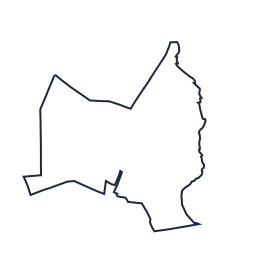 the district of Valdemārpils, Talsi, Latvia, rotated 13°
{"feature_id": "27541924B46742916089705", "entity_name": "Valdemārpils", "entity_type": "district", "adm_level": 2, "iso_a3": "LVA", "parent_name": "Latvia", "parent_adm1": "Talsi", "projection": "equal_earth", "projection_center": [22.597, 57.372], "detail": "fine", "context": "isolated", "style": "outline", "palette": "slate", "viewbox_px": 256, "rotation_deg": 13, "n_neighbors": 0, "source": "geoboundaries", "source_scale": "gbopen_adm2", "svg_char_len": 4136}
<svg xmlns="http://www.w3.org/2000/svg" viewBox="0 0 256 256"><g transform="rotate(13 128 128)"><path d="M129.3,190.4L128.7,193.7L132.1,194.4L131.8,194.7L132.0,195.8L133.5,197.0L141.3,196.5L144.5,199.7L144.6,200.0L158.4,198.3L166.0,206.3L170.0,211.2L170.4,211.8L170.5,214.7L172.4,217.6L173.1,218.6L176.9,222.7L177.1,222.6L177.3,222.5L177.7,222.4L191.1,217.3L218.7,205.7L216.5,205.3L213.7,205.5L204.4,199.0L198.0,190.7L195.2,181.5L194.9,176.9L196.6,173.8L201.2,168.9L202.1,166.0L203.0,165.4L204.3,164.7L205.2,163.0L206.2,161.7L207.7,161.0L209.5,158.4L210.3,157.0L210.4,154.2L209.5,153.0L209.2,152.0L209.8,150.5L210.7,149.8L210.7,148.0L210.3,146.7L208.6,145.1L208.0,144.5L207.8,143.7L206.6,141.1L205.6,139.5L206.6,138.2L206.4,138.0L205.5,137.0L202.9,135.2L202.2,133.9L202.2,133.0L202.6,132.9L202.3,132.4L202.6,132.0L202.5,130.9L202.0,130.1L201.5,129.0L200.9,126.9L200.7,126.0L200.6,124.4L200.7,123.5L200.6,122.1L200.2,121.0L199.5,118.7L199.0,118.3L198.9,117.9L198.6,117.5L198.4,116.6L198.0,116.4L198.0,115.9L198.6,114.1L198.8,113.4L199.8,112.4L201.1,109.9L201.4,108.3L201.5,107.5L201.8,104.5L202.0,103.9L201.9,103.2L201.4,102.1L198.7,102.2L196.7,98.6L196.2,97.5L195.5,96.2L194.8,95.0L194.2,93.6L193.5,92.3L193.0,90.9L192.4,89.5L191.8,88.0L190.7,87.6L192.6,86.7L192.4,86.4L192.4,86.1L192.5,85.7L192.6,85.3L192.5,85.1L192.4,84.9L192.2,84.7L192.0,84.4L192.0,84.2L191.9,84.1L191.9,83.9L191.8,83.7L191.8,83.4L191.7,83.3L191.7,83.2L191.7,82.9L191.7,82.7L191.7,82.4L191.7,82.2L192.0,82.0L192.4,82.0L192.7,82.0L191.5,80.7L191.2,80.4L190.7,80.2L189.8,78.5L189.6,78.2L189.7,77.8L189.4,76.4L189.6,74.7L188.9,73.2L187.4,72.6L186.9,72.5L186.6,72.2L186.3,71.8L186.2,71.7L185.9,71.7L184.1,70.6L182.3,69.5L183.4,69.3L182.4,66.9L180.2,65.1L176.7,64.0L173.5,62.5L170.5,61.1L167.5,59.6L166.3,58.9L165.1,58.2L163.8,57.5L162.5,56.8L161.9,56.3L161.3,55.7L160.8,55.2L160.3,54.6L162.2,53.9L162.1,53.7L161.9,53.5L161.6,53.2L161.3,52.9L161.0,52.6L160.8,52.2L160.6,51.9L160.5,51.6L160.4,51.2L160.3,50.9L160.2,50.5L160.1,50.2L160.0,49.9L159.9,49.5L159.9,49.2L159.9,48.8L160.0,48.5L160.0,48.1L160.0,47.9L158.4,47.7L159.6,45.0L160.6,42.6L160.6,42.3L160.6,42.0L160.6,41.5L160.5,41.3L160.5,41.1L160.5,40.9L160.3,40.3L160.2,39.9L160.1,39.6L160.0,39.3L159.9,38.9L159.8,38.6L159.7,38.3L159.6,37.9L159.4,37.6L159.3,37.3L159.2,37.0L159.0,36.6L158.8,36.3L158.7,36.0L158.5,35.7L158.3,35.4L157.9,34.8L157.7,34.4L157.5,34.2L157.2,33.9L156.9,33.7L156.6,33.5L156.4,33.3L150.0,35.0L149.9,35.1L149.9,35.6L149.9,35.9L149.9,36.2L149.9,36.4L149.9,36.7L149.9,37.0L149.8,37.3L149.8,37.5L149.8,37.8L149.8,38.1L149.8,38.4L149.8,38.6L149.8,38.9L149.7,39.2L149.7,39.5L149.6,40.0L149.6,40.3L149.6,40.6L149.5,40.8L149.5,41.1L149.4,41.4L149.3,41.6L149.3,41.9L149.3,42.2L149.2,42.4L149.2,42.7L149.2,43.0L149.1,43.3L149.0,43.8L148.9,44.3L148.8,45.4L148.6,46.4L148.5,46.7L148.5,47.1L148.4,47.4L148.3,47.8L148.2,48.1L148.2,48.5L148.1,48.8L147.9,49.2L147.8,49.5L147.7,49.8L147.6,50.2L147.5,50.5L147.3,50.9L147.2,51.2L147.1,51.5L147.0,51.9L146.8,52.2L146.7,52.6L146.6,52.9L146.5,53.3L146.3,53.6L146.2,53.9L146.1,54.3L146.0,54.6L145.8,55.0L145.7,55.3L145.6,55.6L145.5,56.0L145.3,56.3L145.2,56.7L145.1,57.0L138.4,75.2L138.6,75.2L134.8,85.5L134.6,85.4L131.7,93.3L131.4,94.1L128.9,100.8L127.5,104.8L126.3,108.6L123.8,108.4L120.0,108.0L116.4,107.4L105.3,106.3L103.7,106.4L103.0,106.5L102.9,106.3L96.0,107.8L95.8,107.8L92.4,108.4L84.6,109.7L80.8,108.1L63.6,101.3L62.3,100.7L56.9,98.3L53.6,96.7L52.2,96.1L45.7,92.9L44.4,93.8L44.1,95.4L43.4,99.7L41.8,108.9L41.4,111.3L41.3,112.2L41.1,113.9L39.0,125.7L38.4,129.9L42.3,145.1L42.3,145.4L43.4,149.9L43.7,151.0L43.9,151.9L47.1,164.8L52.0,185.9L52.1,186.4L53.9,193.6L37.3,198.9L37.8,199.5L38.4,200.4L42.1,205.4L43.3,207.0L48.1,215.2L54.1,211.1L57.9,208.6L59.1,207.7L61.2,206.5L61.5,206.3L65.2,204.1L81.3,193.7L82.1,193.7L83.3,193.1L87.6,191.8L98.3,193.9L104.1,195.0L113.0,196.7L119.6,197.6L118.4,184.6L118.7,184.7L121.4,185.5L124.8,186.5L128.0,186.6L129.2,180.3L129.3,180.3L129.6,178.4L130.0,175.8L129.9,173.4L130.1,171.6L132.0,172.3L131.8,174.2L131.6,176.3L131.0,180.7L130.5,184.9L130.2,186.7L129.3,190.4Z" fill="none" stroke="#1e293b" stroke-width="2"/></g></svg>